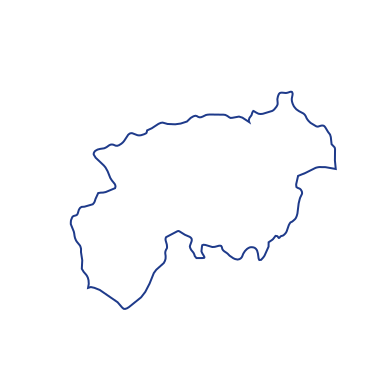 the Department of Huancavelica, rotated 46°
{"feature_id": "PER-588", "entity_name": "Huancavelica", "entity_type": "Department", "adm_level": 1, "iso_a3": "PER", "parent_name": "Peru", "parent_adm1": "", "projection": "mercator", "projection_center": [-74.962, -13.06], "detail": "fine", "context": "isolated", "style": "outline", "palette": "blue", "viewbox_px": 384, "rotation_deg": 46, "n_neighbors": 0, "source": "natural_earth", "source_scale": "10m", "svg_char_len": 4161}
<svg xmlns="http://www.w3.org/2000/svg" viewBox="0 0 384 384"><g transform="rotate(46 192 192)"><path d="M275.3,72.6L266.9,78.7L262.4,83.2L261.3,84.8L260.5,86.3L257.0,97.4L254.1,104.5L258.8,111.7L259.7,112.5L260.9,113.4L261.7,113.3L262.4,113.1L263.0,112.9L264.2,112.3L265.0,112.1L266.0,112.1L267.9,112.6L268.8,113.2L269.4,113.7L269.8,114.3L271.2,118.1L271.9,119.4L274.3,123.2L280.7,131.1L282.0,133.3L282.8,135.2L283.1,136.7L283.0,139.3L282.8,140.9L282.3,142.2L282.5,143.5L283.1,145.4L286.0,151.1L286.5,152.5L286.7,154.1L286.7,155.7L286.6,156.5L286.4,157.1L285.7,158.4L285.5,159.0L285.5,159.6L285.6,160.3L285.6,160.9L285.5,161.3L285.3,161.5L285.1,161.5L283.3,161.3L282.9,161.4L282.6,161.6L281.6,162.4L282.2,166.5L282.1,167.7L281.4,171.8L284.5,174.9L288.2,184.1L288.6,186.2L288.8,189.4L287.7,190.8L286.9,190.6L286.0,190.2L282.0,187.3L279.2,185.8L277.3,185.5L275.7,185.7L274.5,186.3L273.5,187.1L272.6,188.0L271.9,189.1L271.5,190.4L271.2,191.9L271.2,193.5L271.3,195.1L272.0,198.0L273.1,200.4L273.5,201.6L273.6,202.8L273.3,204.4L272.3,206.1L270.1,207.6L268.3,208.3L263.9,209.2L261.2,209.2L259.8,209.4L257.0,210.0L255.6,210.1L254.3,209.9L252.1,208.7L251.1,208.5L250.2,209.0L249.4,209.9L247.3,213.7L245.7,215.6L239.5,219.1L237.9,220.4L237.4,221.6L238.2,222.8L241.2,226.4L242.4,226.9L244.0,227.4L245.6,227.7L247.5,228.3L247.8,228.9L247.1,230.0L242.6,234.7L240.0,234.5L238.5,233.7L236.6,233.1L233.0,232.8L231.1,232.2L229.7,231.4L229.1,230.5L227.2,226.6L226.4,225.5L225.2,224.7L224.0,224.6L222.7,224.8L217.9,226.8L211.5,228.4L210.7,228.8L210.1,229.7L206.5,242.0L206.9,243.0L207.6,243.9L208.7,244.7L212.3,246.6L214.2,248.1L214.8,248.8L215.1,249.3L215.5,250.8L216.0,251.9L216.7,253.0L217.6,253.9L219.7,255.4L220.6,256.3L221.4,257.1L221.9,257.8L222.8,259.5L223.5,261.7L223.1,271.7L223.8,275.8L228.4,286.1L231.4,295.0L232.4,301.8L231.0,317.3L230.5,319.6L229.6,321.4L228.5,322.3L226.5,322.5L219.6,322.1L198.4,326.4L193.1,328.8L190.1,330.8L188.8,333.4L186.4,330.1L183.7,327.8L181.4,326.5L179.6,325.9L178.0,325.6L174.2,325.4L170.7,324.6L164.9,318.4L158.1,313.6L155.8,311.3L154.0,310.3L152.8,309.8L148.0,309.4L146.3,309.1L143.8,308.1L142.0,307.0L139.8,305.4L138.3,304.5L130.9,301.5L129.4,300.0L128.3,298.7L127.2,296.3L126.8,295.1L127.0,293.9L128.2,291.7L128.5,290.5L128.2,289.3L126.3,285.9L125.9,284.6L125.7,283.5L126.0,281.8L127.9,279.5L131.9,271.9L131.7,270.0L131.3,268.7L130.0,266.3L127.6,260.2L129.0,258.2L130.7,256.3L132.1,254.1L135.8,244.7L135.0,243.3L133.9,242.5L132.5,242.0L127.9,241.6L125.1,241.0L118.5,238.3L114.3,237.2L111.7,237.0L109.1,237.1L100.4,237.5L96.8,236.7L95.9,235.8L95.4,234.6L95.2,233.2L95.5,231.8L95.9,230.4L97.2,228.1L99.5,224.9L100.0,223.6L100.4,222.2L100.9,219.0L101.4,217.6L102.2,216.6L103.2,215.8L105.7,214.7L106.8,213.7L107.6,212.1L108.2,209.2L108.3,207.1L108.1,205.3L106.5,198.1L106.7,196.2L107.4,194.9L108.3,194.1L113.2,191.8L114.5,190.8L115.7,189.3L117.1,186.5L117.7,184.8L117.9,183.9L117.7,183.4L117.4,182.8L116.5,181.5L118.2,176.7L119.7,168.8L120.6,166.4L121.7,164.9L126.1,162.3L131.6,157.1L134.9,152.6L137.8,146.7L137.8,142.9L137.8,141.5L138.4,138.9L138.9,137.6L139.7,136.4L141.0,135.7L142.2,135.4L143.4,134.8L144.4,133.7L145.2,131.9L146.3,128.5L147.2,127.1L148.5,125.5L158.2,115.7L159.7,114.5L162.0,113.7L163.8,113.4L165.4,112.9L166.6,111.5L170.4,105.8L173.5,104.1L181.5,102.3L180.4,101.8L180.2,101.6L179.8,101.2L178.8,99.6L178.6,99.0L178.1,95.9L176.8,93.5L176.6,93.0L176.3,91.6L176.7,91.4L177.3,91.2L179.3,90.7L181.9,89.8L183.3,88.7L184.3,87.6L185.0,86.6L189.4,78.0L189.7,76.6L189.7,75.1L189.3,72.0L188.9,70.6L188.3,69.4L187.4,68.5L184.5,66.1L183.0,63.9L182.4,62.7L181.9,61.5L181.8,60.2L182.3,59.1L183.1,58.2L186.0,55.7L186.7,54.7L187.2,53.8L188.0,52.1L188.6,51.1L189.5,50.6L190.9,51.1L191.8,52.0L194.1,55.3L195.0,56.2L195.9,56.9L196.9,57.5L198.5,58.3L201.1,59.2L202.9,59.4L205.0,59.5L208.1,58.9L213.0,57.3L214.7,57.2L216.7,57.6L218.2,58.2L219.9,58.6L221.9,58.8L224.7,58.7L231.1,57.0L232.0,56.4L232.5,55.9L233.4,54.1L234.1,52.8L234.9,51.9L235.4,51.5L236.0,51.2L236.9,51.1L238.1,51.2L243.3,52.4L246.6,52.8L248.9,54.0L254.6,58.4L258.4,58.4L259.2,58.5L260.5,59.3L268.6,67.3L275.3,72.6Z" fill="none" stroke="#1e3a8a" stroke-width="2"/></g></svg>